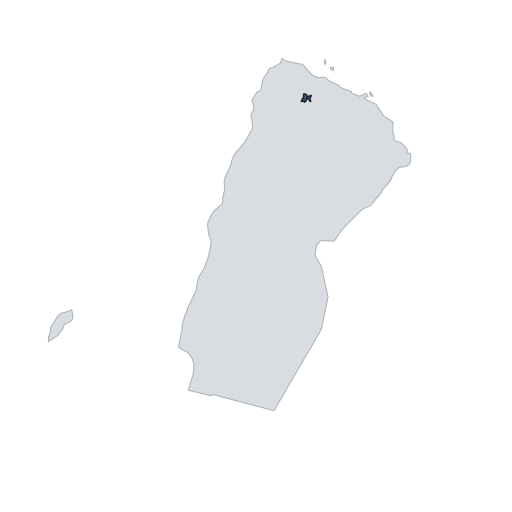 Al Odayn, Ibb, Yemen (highlighted), rotated 130°
{"feature_id": "15242507B10242503769306", "entity_name": "Al Odayn", "entity_type": "district", "adm_level": 2, "iso_a3": "YEM", "parent_name": "Yemen", "parent_adm1": "Ibb", "projection": "orthographic", "projection_center": [43.943, 13.994], "detail": "fine", "context": "in_parent", "style": "filled", "palette": "slate", "viewbox_px": 512, "rotation_deg": 130, "n_neighbors": 0, "source": "geoboundaries", "source_scale": "gbopen_adm2", "svg_char_len": 5023}
<svg xmlns="http://www.w3.org/2000/svg" viewBox="0 0 512 512"><g transform="rotate(130 256 256)"><path d="M402.4,221.7L386.3,228.4L382.0,231.3L378.2,234.8L375.5,239.1L373.7,246.5L375.5,253.2L375.5,256.8L371.4,259.3L367.4,261.2L363.1,263.9L360.5,264.7L358.3,266.9L355.8,268.4L346.7,272.5L336.7,275.7L320.8,279.7L314.7,283.7L309.1,286.4L300.5,287.4L288.8,291.4L282.3,294.4L274.3,299.3L272.5,300.9L271.1,304.4L268.7,307.4L263.8,312.5L260.2,315.1L257.7,315.2L253.0,316.7L247.3,317.1L237.7,315.5L235.3,316.8L233.3,318.8L225.9,322.2L218.5,329.1L213.1,331.0L204.2,333.2L198.0,336.1L193.8,337.3L188.5,337.9L178.5,337.8L169.1,338.9L160.3,340.8L156.2,344.5L151.6,350.2L143.9,352.6L142.1,354.7L139.7,358.9L134.8,360.0L130.3,360.7L125.7,358.9L117.0,364.0L113.7,364.8L108.7,365.1L105.2,366.1L102.6,365.8L99.5,363.8L92.8,361.4L87.8,363.0L87.4,358.2L79.3,343.5L81.1,330.7L81.1,328.9L79.5,323.2L74.7,317.9L74.8,311.3L73.2,306.6L72.0,301.7L72.4,300.4L72.5,299.2L70.0,291.8L69.2,290.2L68.9,288.7L69.7,287.5L69.7,286.1L68.4,283.8L67.1,279.4L60.5,275.9L61.9,272.7L63.2,273.9L64.9,274.8L65.2,272.8L65.3,271.2L62.6,261.5L66.7,248.6L65.4,236.9L71.6,232.2L73.2,230.8L74.1,229.6L75.5,226.9L77.5,226.1L78.2,223.3L78.2,221.9L76.9,220.7L76.0,217.4L76.3,213.3L76.6,211.5L77.3,208.4L79.4,207.2L80.0,206.3L78.3,204.3L78.5,203.1L82.1,199.8L83.6,198.8L85.9,197.8L87.8,197.8L89.9,198.4L91.8,199.3L93.6,201.0L95.6,202.9L98.5,203.7L100.6,203.5L102.2,204.3L103.6,203.9L105.2,202.9L107.8,202.9L110.1,201.8L116.6,201.3L122.9,201.6L129.4,200.6L135.9,200.7L142.5,200.7L144.0,200.8L145.4,201.4L151.0,204.4L155.2,204.9L163.7,205.7L172.8,206.5L180.7,207.1L187.3,206.4L192.8,205.7L194.3,205.8L196.0,207.6L199.4,212.2L202.6,216.4L208.1,216.6L211.6,214.9L215.4,212.6L217.8,210.8L220.4,203.7L222.0,199.2L226.0,194.0L229.3,189.7L233.7,184.0L236.1,180.9L240.9,174.6L245.5,172.1L254.4,167.3L263.1,162.6L268.7,159.5L273.5,158.1L281.7,156.7L291.2,155.1L300.8,153.5L311.0,151.8L322.3,149.8L330.0,148.5L339.9,146.8L348.1,145.3L355.4,144.1L362.9,142.7L364.5,146.1L366.1,149.5L367.6,152.8L369.2,156.2L370.8,159.5L372.4,162.9L374.0,166.3L375.6,169.6L377.1,173.0L378.7,176.4L380.3,179.7L381.9,183.1L383.5,186.5L385.1,189.8L386.7,193.2L388.2,196.6L389.8,199.8L392.2,200.9L393.7,204.0L395.9,208.4L398.0,212.8L400.2,217.3L402.4,221.7ZM430.3,358.3L432.3,358.6L435.4,357.3L444.2,356.8L455.0,360.1L453.1,361.2L451.9,362.7L447.3,364.1L442.7,367.3L429.2,369.3L425.2,368.6L421.8,365.9L415.6,362.5L417.9,360.0L418.4,358.9L419.3,357.9L422.6,355.9L426.1,356.1L430.3,358.3ZM64.6,319.2L64.2,320.0L63.6,319.8L61.5,318.0L63.8,315.9L65.0,317.8L64.6,319.2ZM58.3,273.5L57.3,274.3L57.0,272.9L57.7,269.9L58.8,269.1L59.5,271.3L59.0,272.5L58.3,273.5ZM63.5,328.4L61.3,329.4L62.8,326.7L64.4,326.2L64.8,326.3L63.5,328.4Z" fill="#d9dde1" stroke="#a8b0b8" stroke-width="1"/><path d="M106.8,317.9L106.6,318.0L106.4,318.1L106.3,317.9L106.2,317.9L106.0,317.7L105.9,317.6L105.9,317.4L105.7,317.2L105.4,317.3L105.2,317.4L105.2,317.8L105.1,318.0L104.9,318.2L104.8,318.3L104.7,318.3L104.6,318.5L104.4,318.8L104.2,318.7L104.0,318.4L103.8,318.1L103.7,318.1L103.7,317.9L103.4,318.0L102.8,318.6L102.6,318.7L102.3,318.4L102.2,318.4L102.0,318.2L101.9,318.1L101.7,318.1L101.6,317.9L101.8,317.5L102.1,317.1L102.2,316.9L102.1,316.7L101.9,316.5L101.8,316.3L102.1,315.7L102.4,315.3L102.5,315.0L102.6,314.9L102.8,314.4L102.8,314.2L102.7,314.0L102.7,313.7L102.4,313.6L102.1,313.8L102.0,314.0L101.9,314.6L101.8,314.9L101.8,315.0L101.7,315.1L101.0,315.4L100.7,315.6L100.5,315.8L100.4,315.9L100.3,316.0L100.2,316.1L99.7,316.3L99.4,316.4L99.1,316.4L98.9,316.3L98.7,316.3L98.4,316.4L98.2,316.6L98.0,316.8L97.9,316.8L97.8,317.0L98.0,317.0L98.1,317.3L98.2,317.2L98.3,317.2L98.3,317.3L98.2,317.3L98.3,317.4L98.4,317.5L98.5,317.5L99.3,318.0L99.8,318.3L100.0,318.4L100.2,318.5L100.4,318.5L100.7,318.6L100.9,318.6L101.1,318.6L101.3,318.7L101.5,318.6L101.8,318.6L102.0,318.8L102.1,319.1L102.0,319.3L101.9,319.3L101.6,319.3L101.5,319.2L101.3,319.3L101.2,319.3L100.9,319.4L100.5,319.6L100.6,320.0L100.4,320.4L100.3,320.5L100.1,320.8L99.9,321.1L100.0,321.2L100.2,321.5L100.3,321.6L100.5,321.8L100.5,322.1L100.6,322.3L100.6,322.5L100.4,322.7L100.4,322.8L100.5,323.0L100.5,322.9L100.6,323.0L100.8,323.2L100.9,323.3L101.0,323.4L101.2,323.5L101.3,323.5L101.3,323.4L101.6,323.3L101.8,323.2L101.9,322.9L102.0,322.8L102.3,322.8L102.5,322.8L102.7,322.5L102.7,322.4L102.6,322.2L102.6,321.8L102.8,321.8L102.9,321.7L103.0,321.7L103.3,321.6L103.4,321.8L103.5,321.7L103.8,321.4L104.0,321.4L104.0,321.5L104.1,321.8L104.4,321.7L104.5,321.6L104.9,321.5L105.1,321.5L105.1,321.0L105.1,320.9L105.3,321.1L105.6,321.2L105.7,321.3L105.9,321.2L106.0,320.9L106.3,320.8L106.6,320.9L106.8,320.8L107.2,321.0L107.3,321.0L107.2,321.1L107.4,321.1L107.6,321.1L107.9,321.0L108.0,321.0L108.1,320.9L108.0,320.7L107.9,320.6L107.8,320.4L107.9,320.2L107.7,320.2L107.6,319.9L107.4,319.7L107.2,319.7L106.9,319.4L106.9,319.2L107.0,319.0L107.0,318.8L107.0,318.7L106.9,318.5L106.7,318.4L106.5,318.2L106.8,318.1L106.8,317.9Z" fill="#64748b" stroke="#1e293b" stroke-width="1.5"/></g></svg>